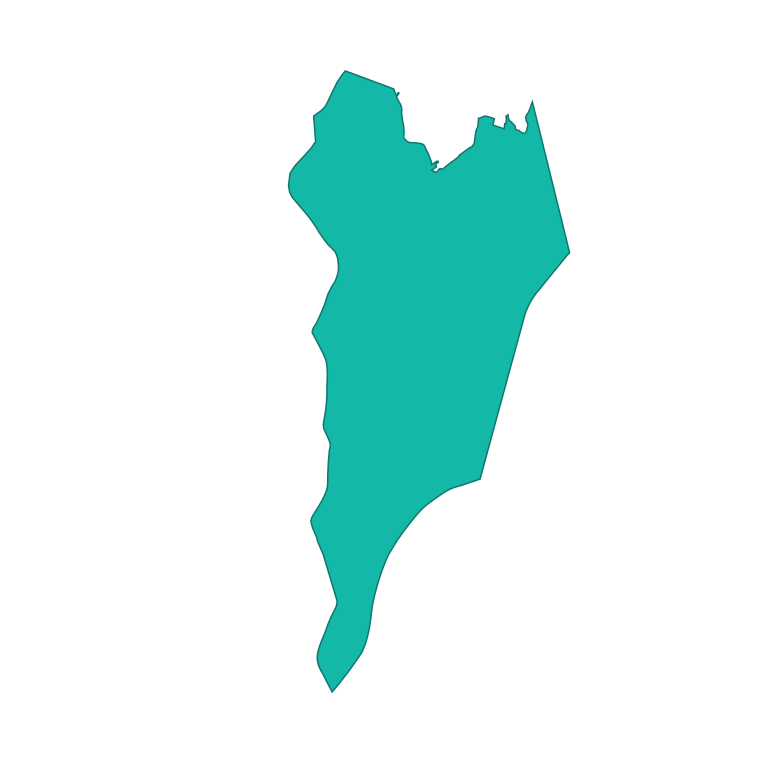 Nissewaard, Zuid-Holland, Netherlands, rotated 105°
{"feature_id": "6326949B99166140133178", "entity_name": "Nissewaard", "entity_type": "district", "adm_level": 2, "iso_a3": "NLD", "parent_name": "Netherlands", "parent_adm1": "Zuid-Holland", "projection": "natural_earth1", "projection_center": [4.253, 51.828], "detail": "fine", "context": "isolated", "style": "filled", "palette": "teal", "viewbox_px": 768, "rotation_deg": 105, "n_neighbors": 0, "source": "geoboundaries", "source_scale": "gbopen_adm2", "svg_char_len": 5925}
<svg xmlns="http://www.w3.org/2000/svg" viewBox="0 0 768 768"><g transform="rotate(105 384 384)"><path d="M73.1,313.7L75.9,314.0L81.0,314.4L82.8,314.6L83.2,314.6L83.4,314.7L83.9,314.8L85.1,315.1L87.2,315.9L87.8,316.1L88.0,316.1L88.6,316.1L89.3,316.1L89.9,316.0L90.4,315.8L91.2,315.5L92.5,315.0L93.5,314.3L93.9,313.9L94.8,313.0L95.1,312.8L95.3,312.7L95.5,312.6L95.8,312.4L96.5,312.2L96.9,312.1L97.2,312.1L97.5,312.0L98.0,312.0L98.8,312.0L99.8,312.0L101.1,311.8L101.4,311.8L101.7,311.8L102.5,311.9L103.2,312.1L104.3,312.4L104.7,312.5L105.4,312.8L105.8,313.1L105.5,315.2L105.0,317.8L104.8,318.6L104.6,318.9L104.5,319.0L104.1,319.4L104.0,319.6L104.1,320.0L104.3,320.6L104.4,321.4L104.4,321.8L104.3,322.1L104.1,322.4L104.1,322.5L103.8,322.7L103.1,323.1L102.5,323.3L101.7,323.6L101.1,324.1L100.6,324.6L100.0,325.5L99.7,326.1L99.4,326.5L99.1,327.0L98.3,328.2L97.9,328.9L97.7,329.4L97.4,330.5L97.0,331.1L96.9,331.3L96.0,331.9L95.4,332.3L94.6,332.7L93.8,333.1L92.3,333.7L91.9,333.9L93.7,335.4L94.7,335.1L95.5,334.8L96.8,334.3L97.1,334.2L97.5,334.2L101.2,333.6L101.4,334.2L101.5,334.4L101.4,334.5L101.4,334.8L102.1,334.6L104.9,334.2L106.4,334.0L105.7,345.9L99.7,346.0L99.3,346.0L99.1,347.6L99.0,348.7L98.9,349.5L98.9,350.9L98.9,355.0L98.9,355.5L99.0,355.6L100.0,357.1L101.7,359.5L102.9,361.2L102.9,361.3L103.2,361.1L103.5,361.3L111.2,360.0L111.7,360.0L114.0,360.5L114.4,360.6L115.2,360.6L119.0,360.4L119.4,360.3L127.9,359.2L128.2,359.1L128.4,359.2L130.8,360.0L132.3,360.7L133.4,361.4L133.5,361.5L133.2,361.8L133.5,362.1L133.4,362.2L137.8,365.9L138.1,366.0L138.8,366.6L142.6,369.7L143.5,370.4L144.0,370.7L144.5,370.3L145.0,370.6L146.4,371.7L148.3,373.1L150.5,374.8L152.1,376.2L153.2,377.1L154.0,377.7L155.2,378.6L159.6,381.8L160.8,382.7L161.1,382.9L161.4,383.3L161.6,383.6L161.7,383.9L161.8,384.1L161.7,384.3L161.4,384.4L161.5,384.6L161.8,385.2L161.6,385.2L161.5,385.3L161.5,385.5L161.6,385.8L161.7,386.0L161.8,386.1L162.1,386.3L165.6,387.9L165.8,388.0L166.0,388.3L166.1,388.6L166.1,389.0L166.1,389.5L166.0,389.4L165.4,392.7L165.5,392.7L165.4,393.2L165.1,393.3L160.7,389.5L159.4,390.3L158.2,390.9L155.7,388.9L155.5,389.0L155.3,389.3L154.8,389.7L155.1,389.9L155.7,390.1L156.3,390.6L155.6,391.1L159.7,394.7L158.9,395.0L157.7,395.6L157.1,395.9L156.1,396.5L152.5,399.0L152.0,399.4L150.7,400.4L146.9,403.6L146.4,404.1L145.9,404.5L145.5,404.8L143.6,406.5L143.1,407.0L142.8,407.5L142.7,407.7L142.5,408.1L142.4,408.3L142.4,408.5L142.4,408.9L142.3,409.7L142.2,410.1L142.2,410.6L142.3,411.3L142.4,412.3L142.6,414.1L142.8,415.3L143.3,418.0L143.6,419.3L144.0,420.6L144.0,420.9L144.1,421.2L144.1,421.4L144.0,422.8L144.0,423.1L143.9,423.4L143.8,423.8L143.8,424.1L143.7,424.3L143.6,424.6L143.4,425.0L142.3,426.8L141.8,427.5L141.4,428.2L141.2,428.6L140.9,428.8L137.3,429.4L136.1,429.7L135.4,429.9L134.8,430.0L134.3,430.2L130.9,431.4L129.7,431.8L129.8,431.9L127.5,432.9L127.2,433.1L126.8,433.3L126.2,433.6L124.7,434.3L123.9,434.6L122.6,435.1L121.8,435.5L120.9,435.9L120.4,436.1L119.1,436.6L118.5,436.9L117.3,437.3L116.2,437.5L115.5,437.6L115.0,437.6L114.7,437.7L114.2,437.9L113.2,438.4L112.9,438.5L111.1,439.4L110.8,439.5L110.4,439.9L109.7,440.4L103.8,446.1L103.6,446.0L103.4,446.2L101.0,445.5L100.5,445.2L100.3,445.1L100.1,445.5L99.9,445.4L99.8,445.2L99.6,445.0L99.6,444.9L99.2,444.9L98.9,445.0L98.9,445.7L99.0,445.7L99.1,445.8L99.6,445.9L99.9,446.0L100.6,446.2L101.3,446.4L101.7,446.6L101.5,447.4L96.5,451.0L96.1,454.9L91.6,502.4L95.1,504.0L98.6,505.3L104.7,507.4L117.5,509.9L126.0,511.4L131.3,512.7L135.8,515.1L143.4,521.3L167.6,512.8L175.1,515.5L186.8,521.4L187.7,522.0L196.8,526.7L204.6,529.3L214.7,527.9L217.3,527.5L223.4,524.6L227.4,521.0L233.1,512.8L239.4,503.6L240.7,501.8L243.2,498.4L245.6,495.5L246.7,494.2L249.6,490.9L251.5,488.7L253.9,486.4L256.4,483.5L259.9,479.3L260.7,478.3L264.2,473.6L267.3,467.9L269.1,465.2L272.0,462.9L275.2,461.0L282.7,458.2L286.7,457.4L290.2,457.2L294.0,457.4L297.9,457.9L303.0,459.6L311.5,461.4L320.7,461.8L332.2,463.2L342.2,464.9L347.6,466.6L349.3,466.9L351.1,467.0L352.7,466.7L353.6,466.1L362.5,457.7L371.0,450.1L376.4,446.1L380.2,444.2L387.3,441.8L394.2,440.0L401.4,438.4L408.2,436.6L415.4,435.0L422.6,433.8L427.9,433.2L435.7,432.5L438.9,432.1L441.1,431.3L443.3,430.2L449.0,425.3L452.5,422.6L455.0,420.8L457.7,419.8L462.2,419.6L473.2,417.7L483.5,415.4L491.6,413.5L495.9,412.4L498.8,412.0L502.5,412.0L506.2,412.5L513.5,413.9L520.8,416.0L528.2,418.3L531.8,419.2L535.5,419.1L539.1,417.2L542.7,414.8L549.9,409.1L553.5,407.2L557.1,404.3L564.3,398.7L571.5,394.2L606.0,373.0L607.5,372.8L608.7,372.7L611.0,372.6L611.5,372.6L613.5,372.9L616.0,373.5L619.6,374.3L623.1,374.9L626.7,375.4L630.3,375.9L637.5,376.5L641.2,376.9L648.4,377.9L652.0,378.2L655.6,378.4L659.3,378.5L662.8,378.2L666.0,377.6L669.2,376.4L672.1,374.8L674.5,373.1L677.1,370.8L679.3,368.6L694.9,354.4L691.6,352.9L688.4,351.4L685.4,350.0L675.7,345.9L672.5,344.5L669.2,343.2L659.2,339.5L651.6,336.8L648.8,335.9L645.4,335.4L641.3,334.9L637.7,334.6L634.0,334.6L630.4,334.6L626.5,334.8L623.0,335.0L619.4,335.4L615.8,335.8L612.9,336.2L608.6,336.9L601.3,337.8L597.6,338.1L594.0,338.3L590.4,338.4L586.8,338.4L583.1,338.4L579.5,338.4L575.8,338.3L572.1,338.1L565.4,337.7L561.2,337.3L560.0,337.2L558.5,337.0L554.0,336.5L548.9,335.7L545.1,334.7L541.2,333.6L531.7,330.8L524.9,328.3L519.7,326.3L512.5,323.3L506.3,320.6L499.8,317.6L497.8,316.5L493.9,314.3L488.6,310.7L483.2,306.4L478.0,302.1L476.1,300.4L473.4,298.1L469.0,293.7L465.4,288.9L464.3,287.0L462.1,283.4L461.7,282.7L460.9,281.5L458.0,277.2L452.3,268.6L451.1,266.6L416.2,266.5L284.1,265.9L282.2,265.9L280.1,265.8L278.6,265.7L276.4,265.5L274.8,265.3L273.7,265.1L271.4,264.8L269.2,264.3L267.3,263.9L266.2,263.6L265.0,263.3L263.8,262.9L262.7,262.6L261.6,262.2L260.4,261.8L259.3,261.4L258.2,261.0L256.8,260.4L255.7,259.9L254.0,259.1L239.6,252.7L233.6,250.0L225.4,246.3L217.8,242.9L215.2,241.7L213.0,240.7L211.8,240.1L209.2,238.7L172.6,258.8L73.1,313.7Z" fill="#14b8a6" stroke="#0f766e" stroke-width="1.5"/></g></svg>